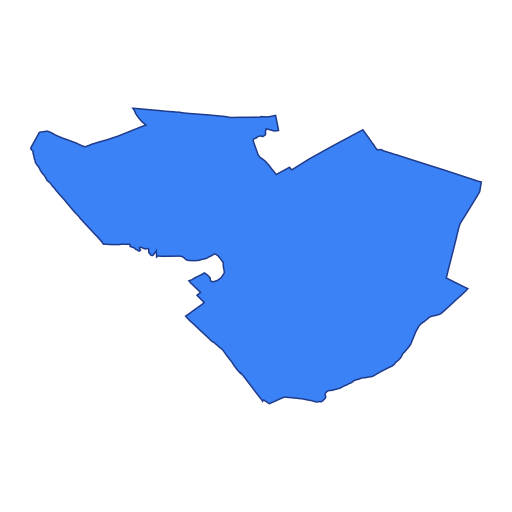 the district of Halchiu, Brasov, Romania
{"feature_id": "2599482B28757811683034", "entity_name": "Halchiu", "entity_type": "district", "adm_level": 2, "iso_a3": "ROU", "parent_name": "Romania", "parent_adm1": "Brasov", "projection": "robinson", "projection_center": [25.516, 45.765], "detail": "fine", "context": "isolated", "style": "filled", "palette": "blue", "viewbox_px": 512, "rotation_deg": 0, "n_neighbors": 0, "source": "geoboundaries", "source_scale": "gbopen_adm2", "svg_char_len": 6037}
<svg xmlns="http://www.w3.org/2000/svg" viewBox="0 0 512 512"><path d="M321.1,401.7L321.7,401.6L323.2,400.3L324.4,399.1L325.3,398.2L325.7,397.4L325.7,396.5L325.6,396.0L325.5,395.6L325.2,395.3L325.1,395.1L325.0,394.7L325.2,393.8L325.8,392.7L326.3,392.1L326.9,391.6L328.2,390.9L329.3,390.5L330.1,390.4L331.0,390.5L333.1,390.1L334.6,389.6L338.2,388.7L340.6,387.9L341.1,387.7L341.5,387.4L342.6,386.7L345.6,385.3L346.9,384.9L347.3,384.7L347.8,384.3L348.2,384.0L350.5,383.1L351.3,382.7L352.9,381.6L353.4,381.0L354.4,380.5L356.6,379.7L359.3,379.0L360.8,378.3L362.8,377.8L363.4,377.7L364.8,377.7L365.4,377.7L369.1,376.9L370.9,376.8L372.4,376.4L373.8,375.7L375.9,374.5L376.9,373.8L378.1,373.2L379.7,372.2L385.0,369.5L388.2,367.8L390.3,366.9L392.3,365.9L393.5,365.0L394.1,364.5L394.7,363.8L395.3,362.8L395.5,362.6L397.3,361.0L398.6,360.0L400.1,358.4L401.0,357.2L401.4,356.5L402.2,354.7L402.7,353.7L403.4,353.0L404.6,352.0L405.5,350.8L408.1,347.8L409.6,345.9L410.8,344.1L412.1,340.7L414.3,335.5L415.9,331.5L418.8,326.3L420.0,324.7L421.4,323.5L422.5,322.7L423.6,322.0L424.3,321.5L428.3,318.2L428.9,317.6L430.1,316.8L430.7,316.6L431.6,316.3L437.4,315.0L440.7,313.8L443.4,311.5L449.0,306.4L456.5,299.4L461.4,295.1L464.1,292.5L465.6,291.1L467.8,288.6L465.1,287.4L446.3,278.0L448.2,270.2L456.2,238.6L456.9,235.4L458.7,228.1L459.6,225.1L460.4,223.1L467.7,211.5L477.0,196.3L478.9,193.1L479.7,191.6L480.1,189.4L481.3,182.0L480.5,181.8L475.7,180.6L475.8,180.4L469.3,178.3L444.7,170.2L411.6,159.7L402.0,156.6L399.0,155.6L396.8,154.8L396.1,154.8L383.8,150.9L382.6,150.5L382.0,149.9L381.5,149.7L380.0,149.6L378.4,149.7L377.5,149.9L377.0,149.5L375.6,147.8L373.1,144.0L372.6,143.5L372.1,142.8L368.5,137.6L362.9,129.8L358.7,132.0L355.5,133.7L332.9,145.8L309.3,158.9L291.7,169.9L289.5,167.3L276.3,174.5L270.8,167.8L269.2,165.5L265.7,161.6L262.8,159.2L259.8,157.2L257.9,154.3L253.1,140.6L253.5,139.4L255.0,138.3L255.9,138.2L256.2,138.1L256.8,137.4L257.6,136.8L258.0,136.6L259.2,136.2L260.0,136.0L260.5,136.0L261.3,136.1L262.7,136.6L263.0,136.5L264.9,135.1L265.2,135.0L265.6,134.0L265.4,131.1L265.6,130.7L265.9,130.4L266.1,128.8L271.6,130.2L273.8,130.9L274.5,130.9L276.6,130.8L277.0,130.8L278.6,130.4L275.6,115.4L269.9,116.6L267.7,116.9L264.3,116.8L260.9,116.6L260.8,117.2L241.8,117.3L230.6,117.5L225.0,116.5L207.0,114.8L188.2,113.4L183.2,112.9L179.3,112.2L177.5,112.1L176.6,112.2L173.8,111.8L166.4,111.3L157.6,110.4L153.6,110.1L141.9,109.0L133.6,108.3L132.8,108.3L133.8,109.6L134.6,111.0L135.7,113.6L138.2,117.3L138.8,118.1L140.8,120.4L142.0,121.7L143.1,122.7L145.0,124.2L145.9,125.1L143.2,126.0L117.0,136.5L115.2,137.0L106.7,139.9L99.6,141.8L96.1,142.9L92.4,144.0L91.1,144.5L89.8,145.1L85.1,146.8L82.9,146.1L82.0,145.8L76.3,143.1L64.5,138.7L63.2,138.3L58.0,136.2L54.1,134.4L52.5,133.3L50.6,132.4L48.5,131.6L47.5,131.1L39.9,132.2L39.3,132.5L31.3,146.9L30.8,148.2L30.7,148.5L30.8,148.8L31.1,149.4L32.9,151.0L33.2,154.0L33.6,154.9L34.4,158.9L35.0,160.2L35.1,161.2L35.5,162.6L36.1,163.4L36.3,164.0L36.9,164.8L38.2,166.4L38.9,167.4L39.8,169.1L40.2,170.1L41.5,172.1L42.2,173.2L44.2,175.4L44.9,176.4L46.8,179.8L47.1,180.5L48.9,181.9L49.9,182.8L50.8,183.7L51.5,184.7L52.4,186.1L53.9,187.6L54.8,188.6L55.4,189.6L55.8,190.2L56.4,190.8L60.0,195.0L64.8,200.3L67.0,203.1L72.9,210.1L75.5,213.0L77.0,214.4L77.8,215.4L79.6,217.3L80.0,218.2L95.7,235.1L96.5,235.8L97.1,236.5L97.5,236.9L97.7,237.3L99.1,238.5L99.2,239.0L99.8,239.4L100.3,240.1L100.9,240.9L101.2,240.9L101.5,241.2L101.4,241.4L101.6,241.7L102.0,242.0L102.4,242.5L102.7,243.2L103.5,244.2L105.7,244.2L109.5,244.5L112.4,244.6L119.6,244.6L120.8,244.3L122.2,244.1L124.5,244.2L127.7,244.3L129.9,244.2L130.0,244.3L130.1,245.2L130.1,246.5L130.4,246.5L131.0,246.5L131.4,246.7L131.7,247.0L132.0,247.2L132.8,247.3L133.6,247.7L134.5,248.1L134.9,248.4L135.3,248.9L135.5,249.2L136.1,249.6L136.9,249.8L137.3,249.9L137.9,250.5L138.5,250.9L139.1,251.1L139.4,251.0L140.0,250.7L140.5,250.1L140.2,249.3L139.8,248.8L139.5,247.9L139.6,247.7L139.8,247.4L140.4,247.3L140.6,247.3L141.5,247.4L142.0,247.6L143.2,248.2L144.0,248.4L144.4,248.7L145.4,248.9L145.9,248.9L147.6,248.4L147.9,248.5L148.3,248.6L148.5,248.9L148.5,249.3L148.5,249.8L148.6,250.3L148.8,251.1L148.8,251.5L148.7,252.0L148.7,252.3L148.9,252.8L149.6,253.4L149.9,253.7L150.4,254.7L150.9,255.1L151.5,255.4L152.0,255.5L152.6,255.5L153.2,255.1L153.6,254.6L153.9,254.1L154.3,253.4L154.4,253.0L154.5,252.9L155.4,252.6L155.6,252.4L155.8,252.0L156.3,251.0L156.6,257.0L157.4,256.3L158.4,256.0L161.4,256.3L163.9,256.3L179.4,256.1L180.6,256.2L181.8,256.5L182.9,257.0L183.8,257.6L186.0,259.6L186.9,260.1L188.1,260.4L189.2,260.5L194.8,260.7L198.3,260.4L199.5,260.2L201.8,259.4L205.5,258.7L207.0,258.0L209.7,256.6L211.0,256.0L213.8,254.3L214.3,254.1L214.9,254.1L215.9,254.4L216.6,254.8L218.2,256.0L220.0,258.2L221.3,259.9L222.5,261.8L223.2,262.2L223.3,262.8L223.2,263.8L223.4,267.0L223.7,268.5L224.2,270.9L224.3,272.3L224.3,272.8L224.0,273.4L221.0,277.9L219.6,278.9L217.1,280.6L216.1,280.9L213.0,281.8L211.2,281.3L210.8,280.8L210.2,279.6L210.2,278.0L210.0,277.8L207.4,275.0L204.5,272.9L201.1,274.8L199.1,275.8L196.9,276.9L195.3,277.5L194.5,278.0L193.1,279.0L191.8,279.8L188.9,280.8L190.8,283.1L192.4,284.5L194.2,286.3L196.1,288.1L198.4,290.4L200.2,292.0L200.5,292.4L197.8,294.6L197.0,295.3L204.2,302.5L201.9,304.5L200.9,305.2L195.4,309.1L187.8,314.7L185.6,316.1L189.3,320.2L194.1,324.5L200.9,331.0L209.1,338.6L211.6,341.1L212.6,341.8L214.4,342.5L214.4,342.8L217.0,345.1L219.9,347.6L222.4,349.6L223.1,350.4L225.7,354.1L228.0,357.2L231.0,361.0L232.3,362.7L234.0,365.5L236.6,369.0L240.5,373.4L240.8,372.9L241.2,373.3L241.7,373.9L245.2,378.3L247.4,381.2L249.0,383.3L253.0,388.5L255.0,391.3L257.9,395.0L259.5,397.0L262.5,400.9L262.6,401.2L263.6,399.9L269.4,403.7L281.6,398.2L284.5,397.1L285.6,397.1L287.5,397.4L289.4,397.5L290.9,397.7L295.4,398.1L296.4,398.1L299.4,398.6L302.2,398.8L303.7,399.1L305.5,399.5L307.9,400.0L308.6,400.1L311.8,400.7L314.9,401.6L315.6,401.8L316.7,402.0L317.2,402.0L317.8,401.8L318.6,401.7L319.8,401.6L321.1,401.7Z" fill="#3b82f6" stroke="#1e3a8a" stroke-width="1.5"/></svg>